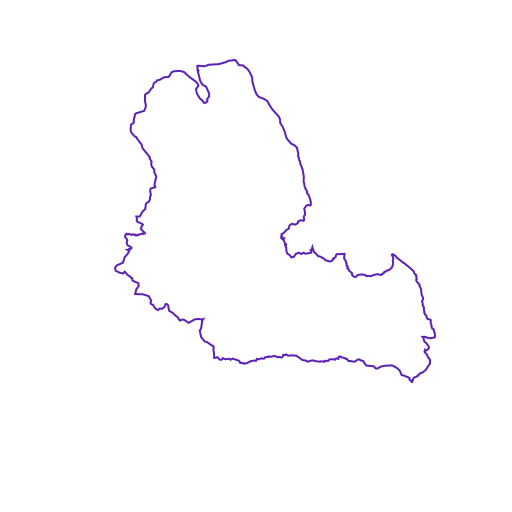 Piedecuesta, Santander, Colombia (Robinson projection), rotated 319°
{"feature_id": "7082276B40020724861964", "entity_name": "Piedecuesta", "entity_type": "district", "adm_level": 2, "iso_a3": "COL", "parent_name": "Colombia", "parent_adm1": "Santander", "projection": "robinson", "projection_center": [-73.001, 6.951], "detail": "fine", "context": "isolated", "style": "outline", "palette": "violet", "viewbox_px": 512, "rotation_deg": 319, "n_neighbors": 0, "source": "geoboundaries", "source_scale": "gbopen_adm2", "svg_char_len": 6109}
<svg xmlns="http://www.w3.org/2000/svg" viewBox="0 0 512 512"><g transform="rotate(319 256 256)"><path d="M291.1,451.1L290.8,453.1L291.1,453.5L295.1,451.4L298.9,452.6L299.4,452.2L300.2,452.6L302.7,452.1L304.9,453.1L308.9,453.4L317.1,451.2L317.9,449.6L318.9,449.2L319.5,447.4L319.2,445.8L320.2,443.0L320.3,438.9L321.9,437.9L321.7,438.8L324.6,439.3L326.2,438.8L327.0,437.7L327.3,433.9L327.0,430.7L328.5,428.1L328.6,426.3L330.9,428.3L331.8,430.3L333.5,432.4L337.5,434.7L339.2,433.2L340.6,430.8L340.7,429.8L342.0,428.1L341.4,426.5L342.2,424.2L343.2,423.2L343.9,421.0L345.7,419.3L345.9,418.4L344.2,416.2L344.5,414.2L345.6,412.6L345.1,411.1L345.7,409.3L346.4,409.1L346.9,407.5L349.2,404.6L349.3,402.8L350.8,401.0L351.2,399.6L352.5,398.6L353.8,398.4L355.2,395.7L355.5,394.0L358.8,389.3L359.8,385.6L360.6,385.1L360.6,380.2L361.2,379.1L362.2,378.9L362.8,377.4L363.8,376.7L363.9,375.4L364.4,375.2L364.1,373.0L364.9,371.2L364.5,366.6L363.0,357.9L362.3,356.6L362.3,354.8L361.2,350.0L361.3,347.7L360.4,344.4L359.5,344.1L357.9,348.3L356.5,348.9L354.8,351.4L352.5,353.1L350.6,353.9L346.8,353.8L345.5,352.9L343.7,352.9L342.6,352.2L340.8,352.8L339.6,352.2L338.2,352.7L335.7,349.3L332.0,347.3L329.8,346.8L327.7,344.6L326.3,344.0L325.8,341.8L323.6,339.2L320.4,337.1L317.9,337.3L316.6,336.4L315.9,334.3L316.4,332.8L317.2,332.1L316.6,327.8L317.3,326.4L316.8,325.2L318.3,324.3L318.0,322.7L319.5,321.2L319.5,320.3L320.5,318.4L320.9,315.6L324.2,312.5L318.1,307.6L317.0,307.8L315.7,308.8L313.4,309.1L312.9,308.5L312.4,309.1L311.5,308.9L310.5,309.6L308.0,308.6L305.5,304.4L305.5,302.3L304.8,301.2L304.9,300.4L303.6,297.7L302.9,297.2L302.5,290.7L304.4,286.3L302.7,287.4L301.0,287.5L301.0,288.7L299.8,289.7L294.8,286.8L294.3,285.2L293.3,284.3L292.4,284.6L291.3,284.1L290.4,281.4L288.8,281.2L288.0,280.5L283.9,281.5L283.2,280.7L281.8,280.3L282.0,277.3L281.2,274.7L282.0,272.6L284.4,269.4L284.5,268.3L285.6,267.7L285.1,267.3L285.4,266.4L286.4,266.3L286.2,264.9L287.1,263.1L287.2,261.8L288.9,261.1L288.2,260.4L287.0,260.2L286.8,259.1L288.1,259.4L288.0,257.6L289.3,257.2L289.6,256.3L292.2,256.8L296.1,256.3L298.5,256.9L301.2,255.0L304.2,255.2L306.3,258.2L308.6,258.5L309.5,258.5L310.2,257.6L312.3,258.0L313.5,258.5L314.8,260.4L315.7,260.6L318.1,257.4L319.6,257.2L321.1,256.0L323.6,251.8L327.3,251.0L328.9,251.8L330.2,253.5L330.7,253.5L332.6,251.5L334.3,248.3L335.7,244.3L335.9,241.7L336.9,241.0L337.6,237.1L339.0,234.2L340.0,232.9L340.5,231.4L344.3,227.3L348.2,220.7L349.9,215.5L351.2,213.7L351.6,211.3L352.8,210.2L353.3,208.0L355.1,206.5L358.0,201.0L357.6,197.3L356.2,194.2L356.3,187.3L359.7,179.8L361.1,175.0L361.5,171.6L363.5,169.0L364.7,166.2L364.5,156.9L365.1,151.2L366.2,146.7L365.1,142.7L362.5,137.8L362.5,134.3L363.7,130.6L367.4,122.5L370.3,118.5L371.8,113.3L372.2,109.6L371.8,106.5L371.3,105.8L371.3,103.7L368.4,100.9L369.0,94.5L363.2,90.6L360.4,89.9L353.8,86.8L346.0,80.8L341.6,79.1L337.0,74.2L336.0,74.2L334.9,76.5L334.1,76.9L333.6,77.8L334.0,78.4L333.1,78.8L328.5,87.8L328.1,92.0L329.3,94.9L329.2,96.2L327.1,102.9L325.2,104.8L322.1,105.6L320.7,107.5L317.7,107.0L317.2,106.0L317.5,103.5L317.0,100.0L318.1,94.2L320.3,90.6L324.3,89.7L325.0,87.3L325.0,85.0L323.1,76.7L322.4,69.9L320.0,66.3L315.0,62.6L312.7,62.0L308.9,63.3L307.1,63.4L304.2,60.9L299.0,59.9L296.7,58.6L295.3,59.0L293.0,58.5L291.7,58.8L288.9,61.1L286.9,60.9L281.7,62.2L279.8,61.4L278.1,61.5L273.8,66.2L271.8,70.1L270.2,71.4L266.8,73.1L259.3,69.7L257.6,69.6L255.8,71.3L253.7,72.5L251.1,75.2L247.9,74.9L244.2,78.4L242.9,80.9L242.9,86.4L243.5,87.1L243.6,88.4L243.1,90.3L242.8,96.8L241.1,100.0L240.7,111.9L239.7,112.5L239.1,116.3L237.1,117.9L236.0,120.3L236.0,124.1L234.4,125.6L232.9,130.6L226.4,135.3L225.1,138.0L221.1,136.1L220.4,136.2L219.1,137.0L216.6,141.1L215.0,141.7L213.1,143.7L210.6,144.8L209.0,144.3L207.1,144.4L203.1,148.0L200.1,147.9L194.1,149.9L191.6,147.7L190.9,149.4L189.2,151.0L188.9,152.2L191.1,157.0L191.2,158.1L187.1,159.5L186.8,161.2L187.3,165.3L186.9,166.1L185.7,164.8L185.0,165.1L183.7,163.9L181.2,163.0L180.7,162.2L180.1,162.6L178.9,161.8L178.5,161.4L178.7,160.3L177.7,159.8L177.3,158.9L175.9,158.4L174.8,156.1L173.5,155.8L173.1,154.4L171.7,154.2L170.1,155.2L169.5,156.3L169.7,158.1L169.1,159.7L167.0,161.3L166.3,162.7L166.2,164.1L167.5,167.4L167.4,168.2L165.6,168.5L164.9,167.4L163.7,167.5L163.0,167.0L163.4,168.8L164.2,168.9L160.5,170.2L156.2,170.7L151.2,173.8L144.6,171.7L141.6,172.6L140.5,175.1L142.0,178.9L144.2,182.0L146.7,181.7L146.6,186.1L147.5,188.9L147.4,190.4L148.1,191.4L146.8,193.4L146.8,194.0L149.4,199.2L147.9,201.6L143.5,202.8L139.8,205.4L145.6,210.8L148.7,216.0L147.6,221.0L145.6,222.1L145.3,223.2L146.2,225.8L145.5,229.7L146.6,232.6L148.7,232.4L150.7,234.3L153.6,234.4L156.1,233.0L157.1,233.6L157.4,235.5L154.5,240.2L155.9,244.8L156.1,248.3L156.7,250.2L156.2,254.7L158.4,255.5L159.8,256.8L161.2,262.2L168.7,263.8L172.2,266.7L173.5,268.5L174.7,269.0L173.0,269.5L166.9,274.8L164.6,275.3L161.4,281.2L161.2,286.8L162.5,288.7L163.9,294.3L164.7,295.7L164.1,297.4L162.8,298.2L159.3,303.5L157.6,305.2L158.7,306.5L159.9,306.7L160.7,307.6L160.5,309.9L160.9,310.9L162.6,311.8L164.0,311.4L165.0,313.7L168.4,316.0L168.7,317.6L171.0,318.1L173.8,322.7L174.5,324.6L173.9,326.4L175.8,327.9L176.0,329.2L179.1,331.0L183.0,331.9L185.7,333.5L187.2,335.1L189.1,334.2L190.1,335.7L192.8,336.6L193.8,338.1L195.1,338.8L196.2,338.4L198.5,339.5L199.2,340.5L200.0,340.3L201.1,341.9L204.6,343.6L206.0,346.8L206.9,347.0L208.8,349.5L210.2,349.5L211.8,348.5L212.9,349.9L214.1,350.0L215.0,352.4L218.5,355.0L221.2,358.1L222.7,364.8L225.0,367.6L225.4,369.4L230.2,371.8L232.0,374.5L235.0,377.8L236.2,378.2L238.0,380.6L239.1,380.2L241.6,382.5L243.4,382.2L246.4,384.4L247.7,386.2L248.7,385.8L249.5,386.0L250.6,387.7L252.2,386.4L253.4,386.8L254.3,388.9L256.1,391.3L256.2,392.6L257.2,393.3L256.8,395.5L257.1,396.4L258.6,397.3L259.2,398.5L261.3,400.5L265.0,401.0L266.3,402.0L266.4,403.2L268.1,405.7L267.5,407.5L267.5,411.3L272.0,415.8L272.6,417.1L272.4,418.8L272.9,419.9L274.2,420.7L278.0,421.5L282.6,424.3L287.1,428.1L288.9,433.0L289.3,436.8L287.8,441.5L288.9,442.8L291.6,448.1L291.8,448.9L290.7,450.0L291.1,451.1Z" fill="none" stroke="#5b21b6" stroke-width="2"/></g></svg>